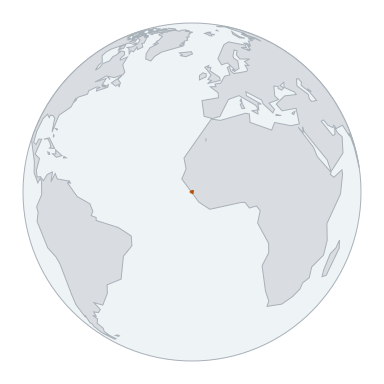 Boffa on an orthographic globe
{"feature_id": "GIN-5628", "entity_name": "Boffa", "entity_type": "Prefecture", "adm_level": 1, "iso_a3": "GIN", "parent_name": "Guinea", "parent_adm1": "", "projection": "orthographic", "projection_center": [-14.034, 10.295], "detail": "fine", "context": "on_globe", "style": "filled", "palette": "amber", "viewbox_px": 384, "rotation_deg": 0, "n_neighbors": 0, "source": "natural_earth", "source_scale": "10m", "svg_char_len": 8902}
<svg xmlns="http://www.w3.org/2000/svg" viewBox="0 0 384 384"><circle cx="192" cy="192" r="169" fill="#eef3f6" stroke="#a8b0b8"/><path d="M140.6,31.1L127.3,37.6L130.7,36.4L127.8,38.8L130.7,38.5L127.4,40.2L132.5,38.6L135.0,37.1L138.0,35.9L139.9,35.8L136.1,37.8L134.6,38.2L134.5,38.8L131.7,39.9L134.2,39.3L129.3,42.1L136.9,39.2L135.3,41.4L131.4,43.4L128.2,43.2L111.0,49.2L106.0,52.1L102.1,55.8L102.3,62.0L98.3,65.5L95.4,70.2L99.2,67.9L102.9,63.5L109.4,61.0L113.0,56.5L116.2,55.1L121.4,50.9L124.4,51.6L124.6,54.8L120.4,58.4L120.3,60.1L127.4,57.0L122.7,64.9L124.8,72.2L123.1,74.6L114.3,77.6L106.4,76.0L95.0,82.0L106.2,78.5L101.9,85.2L102.8,86.7L105.3,86.9L108.4,84.6L107.8,87.2L96.4,91.1L96.8,88.8L100.4,87.4L96.7,87.0L89.0,90.6L87.4,94.2L77.4,97.4L76.2,100.2L73.3,102.8L76.0,97.9L71.0,107.0L59.0,115.2L52.0,132.2L54.7,118.1L53.1,115.8L50.5,115.0L49.2,117.7L47.6,114.2L43.0,118.7L36.7,131.5L33.7,142.4L36.0,144.5L38.8,139.1L41.7,139.2L35.1,154.1L39.5,158.5L36.4,170.2L37.1,177.1L40.4,176.6L43.4,180.7L47.2,174.5L52.5,171.9L51.0,181.7L55.2,173.5L57.3,178.9L68.9,181.0L67.6,183.0L77.2,196.6L89.9,203.8L92.9,211.4L91.1,215.6L96.1,217.5L96.2,220.5L118.2,227.5L131.2,235.9L131.9,245.8L123.4,256.3L121.1,279.1L107.1,284.8L107.3,293.5L102.8,305.1L93.9,302.6L100.3,309.5L98.5,312.6L93.7,311.9L96.2,316.2L92.9,315.5L97.5,318.9L97.2,323.3L103.2,328.2L104.3,331.6L108.4,334.4L106.9,334.0L106.7,334.6L108.4,335.9L101.6,332.5L93.9,326.3L92.0,323.7L90.0,322.7L85.4,315.7L85.1,316.8L75.9,304.6L71.8,294.9L60.0,264.0L56.1,257.1L47.7,247.8L37.1,221.4L38.1,212.1L36.6,206.9L41.7,194.5L41.5,181.0L40.1,178.5L37.9,182.9L34.1,172.7L34.4,162.1L31.6,140.1L33.2,134.6L36.3,126.7L41.1,116.0L47.0,105.3L53.6,95.1L61.0,85.3L69.0,76.2L77.7,67.6L87.0,59.6L96.8,52.4L107.1,45.9L117.9,40.1L129.1,35.2L140.6,31.1ZM49.4,137.8L54.6,148.5L49.5,148.1L50.8,146.8L50.0,142.8L47.7,138.6L43.8,139.2L49.4,137.8ZM56.4,129.5L55.4,128.5L56.7,128.8L56.4,129.5ZM119.4,50.9L120.4,50.9L118.9,51.6L119.4,50.9ZM120.7,49.2L118.3,50.0L118.6,49.4L120.1,48.9L120.7,49.2ZM123.6,48.4L119.4,48.2L119.9,47.1L126.0,44.3L123.6,48.4ZM134.9,36.7L132.4,38.3L132.7,37.2L134.9,36.7ZM134.4,36.3L131.0,35.5L135.7,33.4L135.8,33.9L140.5,31.8L144.4,31.1L142.8,32.1L139.0,33.5L143.4,32.3L134.4,36.3ZM139.3,35.4L138.2,35.3L142.1,33.4L145.1,33.4L142.8,34.0L139.3,35.4ZM139.7,31.7L143.2,30.5L147.4,29.6L149.3,29.1L144.9,30.9L139.7,31.7ZM142.9,34.3L146.4,33.5L146.3,34.3L140.6,35.5L142.9,34.3ZM141.9,33.0L144.0,32.2L143.8,32.6L141.9,33.0ZM147.9,37.3L146.5,36.9L148.4,35.8L147.9,37.3ZM147.8,33.1L147.8,32.8L148.4,32.5L150.7,32.1L147.8,33.1ZM148.1,30.3L149.1,30.3L150.1,29.4L153.3,29.0L149.8,30.4L152.6,29.6L153.6,29.5L149.7,30.8L148.1,30.3ZM154.8,30.8L151.4,32.9L153.6,33.8L151.9,34.7L148.7,33.1L154.8,30.8ZM152.1,30.6L153.4,30.9L150.6,31.7L148.1,32.1L152.1,30.6ZM156.7,28.2L152.7,28.6L153.6,28.3L156.7,28.2ZM155.9,30.8L156.7,30.3L156.4,30.8L155.9,30.8ZM157.0,28.8L155.5,28.8L156.6,28.5L157.0,28.8ZM159.5,29.4L158.4,30.0L156.7,30.2L159.5,29.4ZM158.8,29.0L160.6,28.5L156.7,29.9L158.0,29.0L158.8,29.0ZM158.3,28.4L158.8,28.5L158.3,28.4ZM166.8,28.6L162.3,30.4L158.4,30.7L163.4,28.9L166.8,28.6ZM114.7,339.2L103.1,333.4L108.8,336.2L108.4,334.7L116.1,338.7L114.7,339.2ZM115.5,335.4L117.6,334.9L119.4,335.8L118.3,336.4L115.5,335.4ZM359.2,167.7L354.3,147.4L349.1,133.1L349.1,135.5L342.5,125.2L336.3,128.5L333.8,125.1L333.0,127.7L328.0,125.3L323.5,119.9L321.2,121.2L332.8,135.6L335.0,134.4L334.6,127.2L337.6,132.8L342.1,136.7L343.0,153.0L331.1,171.5L327.2,159.9L304.0,131.4L303.1,127.8L302.9,127.4L302.5,126.7L303.1,132.8L298.2,127.3L313.6,147.4L317.3,156.7L331.0,172.2L330.3,174.4L333.9,177.3L341.9,169.8L342.6,173.8L340.5,194.0L326.9,223.6L327.2,240.3L323.5,255.1L311.7,267.0L309.2,277.8L302.6,282.9L299.9,289.1L292.6,296.5L281.7,304.1L267.0,306.4L268.8,301.0L265.5,291.2L262.1,265.8L268.7,252.8L268.6,243.3L257.6,223.0L260.2,210.7L256.5,206.0L249.4,208.0L244.9,202.3L240.3,202.6L209.8,209.3L198.8,202.1L181.8,178.9L186.1,169.0L184.0,158.0L211.3,119.1L220.4,120.4L245.7,113.2L249.4,114.0L250.0,122.4L271.7,130.1L274.6,122.5L290.8,125.7L299.3,123.9L296.1,108.3L282.1,110.8L276.2,104.1L284.6,95.9L296.3,94.5L294.4,92.0L284.1,87.4L283.8,82.2L280.1,85.6L283.8,87.8L281.7,90.2L278.1,88.4L278.2,86.5L273.8,86.0L274.8,96.1L278.6,99.5L269.0,103.1L274.5,109.3L272.9,112.9L263.1,103.8L261.7,100.1L245.9,91.7L246.4,95.7L261.4,104.2L258.0,103.9L258.9,110.3L255.6,105.2L239.0,95.6L228.4,99.5L219.9,116.4L212.6,118.6L204.1,116.3L202.0,100.6L218.6,97.7L218.1,92.8L210.3,86.8L216.0,86.7L214.9,84.1L220.7,83.1L224.6,76.2L229.9,74.9L227.2,67.5L229.6,66.1L230.5,70.7L233.9,73.6L246.5,71.4L247.7,69.6L245.0,65.2L248.8,65.5L244.5,61.5L249.7,59.0L239.8,59.0L236.3,54.7L237.2,51.0L234.2,49.8L232.9,56.0L233.9,58.5L237.7,60.6L239.0,68.6L235.6,70.5L227.4,62.8L221.7,64.9L217.9,58.7L223.9,44.7L228.6,41.9L245.1,45.1L246.5,47.6L241.2,47.5L249.9,51.1L247.4,49.1L250.5,49.6L248.0,46.3L250.1,46.5L244.1,43.2L246.4,43.1L250.2,45.3L248.4,41.1L252.1,40.6L250.7,39.7L248.1,38.7L254.5,39.2L253.2,38.5L250.6,38.0L246.2,36.4L241.0,33.9L243.5,34.2L245.7,35.1L254.1,37.9L259.6,40.7L260.1,40.7L255.9,38.3L245.7,34.9L241.9,33.4L246.6,34.6L244.6,34.0L243.4,33.4L244.7,33.2L239.4,31.8L223.7,26.5L224.5,26.2L230.4,27.5L227.5,26.8L239.2,29.8L250.7,33.6L261.9,38.2L272.7,43.5L283.1,49.7L293.0,56.5L302.4,64.1L311.2,72.3L319.5,81.1L327.1,90.5L334.0,100.4L340.1,110.8L345.6,121.5L350.2,132.7L354.0,144.1L357.0,155.8L359.2,167.7ZM205.8,138.1L206.0,141.4L206.0,141.5L205.8,138.1ZM311.5,101.4L316.7,100.5L309.6,92.1L311.0,91.3L308.0,89.0L309.0,91.6L301.1,85.3L301.5,82.2L298.4,78.8L296.5,78.9L296.9,85.8L308.3,94.5L309.2,98.5L311.5,101.4ZM69.3,181.0L70.5,183.1L68.5,182.8L69.3,181.0ZM47.7,151.9L49.3,152.6L49.8,154.4L48.4,154.4L47.7,151.9ZM63.9,156.4L66.3,157.8L63.4,158.0L63.9,156.4ZM55.6,149.9L62.0,155.6L56.4,157.3L52.5,153.8L55.8,153.8L55.6,149.9ZM53.5,134.7L54.2,135.8L53.3,137.4L53.5,134.7ZM57.4,129.9L56.9,129.9L57.0,128.3L57.4,129.9ZM102.6,85.0L103.5,84.8L105.5,85.5L103.6,86.3L102.6,85.0ZM120.4,82.8L119.0,87.2L118.7,84.4L115.7,86.1L111.4,82.9L122.0,75.6L118.0,79.3L120.4,82.8ZM108.6,77.2L110.1,79.6L108.0,77.3L108.6,77.2ZM202.9,72.8L206.3,73.9L206.1,76.9L199.4,79.9L199.5,75.5L202.9,72.8ZM211.1,75.0L204.9,67.2L208.8,65.5L207.7,67.7L210.9,67.3L209.9,70.8L219.7,77.3L220.2,80.5L207.5,83.5L211.4,80.5L207.9,79.4L211.1,75.0ZM182.2,55.0L179.5,52.9L191.4,51.7L192.5,53.9L185.9,56.7L180.7,55.7L182.2,55.0ZM135.2,44.1L133.4,44.2L134.5,43.5L136.9,42.8L135.2,44.1ZM147.0,37.2L144.1,43.1L141.9,43.4L142.8,47.1L137.4,49.6L137.0,47.0L133.5,51.9L131.0,50.6L129.2,54.0L128.9,48.0L126.5,47.4L131.3,47.1L136.3,44.7L137.8,43.6L140.1,40.0L137.4,38.1L141.9,35.9L145.9,34.9L147.2,35.0L143.8,36.3L148.1,35.5L144.2,37.5L147.0,37.2ZM189.5,30.9L185.0,31.2L192.8,32.2L189.0,33.3L190.1,33.4L188.7,34.8L189.1,36.8L186.8,37.2L187.9,37.8L187.0,39.0L187.7,40.1L184.0,41.3L184.6,42.9L182.4,42.6L184.5,45.0L181.3,43.8L179.8,45.5L183.7,45.8L161.5,52.1L154.7,56.4L150.7,61.0L145.7,59.0L146.2,53.7L150.0,47.7L157.2,44.2L153.7,44.2L156.1,42.6L157.9,43.2L156.6,41.3L159.0,40.2L162.4,36.4L158.9,34.9L160.0,33.7L162.6,33.8L161.9,32.6L167.6,32.0L168.5,31.3L175.1,30.3L179.6,31.3L180.3,30.4L185.3,29.9L189.5,30.9ZM168.7,28.3L175.0,28.8L175.9,29.7L164.1,31.2L162.5,32.0L155.0,33.4L153.7,32.1L156.0,31.8L157.9,31.2L157.5,31.8L159.3,30.9L162.5,30.4L164.7,29.7L166.1,29.9L168.7,28.3ZM251.5,110.6L254.0,110.6L257.5,109.8L258.0,114.0L251.5,110.6ZM240.2,104.2L242.2,103.4L244.7,108.4L242.0,108.6L240.2,104.2ZM241.1,98.9L242.1,102.9L240.0,100.8L241.1,98.9ZM232.1,69.9L233.9,69.1L234.9,70.1L234.9,71.8L232.1,69.9ZM211.9,36.0L209.2,35.6L209.2,35.2L204.6,33.4L207.0,32.7L210.8,33.5L211.9,36.0ZM295.0,111.3L293.8,114.6L291.9,113.5L292.7,112.5L295.0,111.3ZM276.0,114.4L281.3,115.5L276.1,115.5L276.0,114.4ZM213.9,35.0L211.7,34.3L214.3,34.4L213.9,35.0ZM208.6,32.2L211.3,32.2L206.8,32.5L208.6,32.2ZM339.2,248.2L326.2,275.3L322.0,276.7L323.8,269.6L330.3,253.6L336.0,247.7L339.5,240.0L339.2,248.2ZM231.8,31.5L235.6,34.4L239.9,36.8L244.9,38.2L239.5,37.8L232.8,34.1L231.8,31.5ZM224.4,26.9L220.0,26.2L220.8,26.1L221.9,26.2L224.4,26.9ZM222.6,26.8L219.4,26.8L216.2,26.1L219.3,26.2L222.6,26.8ZM216.9,30.0L217.8,30.8L215.6,30.5L216.9,30.0Z" fill="#d9dde1" stroke="#a8b0b8" stroke-width="1"/><path d="M193.0,193.0L192.9,193.2L192.8,193.3L192.7,193.3L192.5,193.2L192.4,193.1L192.2,193.0L192.2,192.9L191.9,192.8L191.9,192.7L192.0,192.6L191.9,192.6L192.0,192.5L192.0,192.4L191.9,192.4L191.8,192.5L191.7,192.7L191.7,192.4L191.6,192.5L191.4,192.5L191.4,192.4L191.1,192.2L190.9,192.2L190.7,192.1L190.8,192.0L190.8,191.9L190.7,191.9L190.5,191.7L190.5,191.4L190.8,191.2L191.3,191.1L191.5,191.0L191.7,190.9L192.0,190.9L192.0,191.0L192.3,190.9L192.5,190.8L192.6,190.7L192.8,190.7L193.2,190.8L193.2,191.2L193.0,191.3L192.9,191.4L192.8,191.5L192.6,191.7L192.6,191.8L192.6,192.0L192.5,192.3L192.4,192.5L192.7,192.9L192.8,192.9L193.0,193.0L193.0,193.0Z" fill="#f59e0b" stroke="#b45309" stroke-width="1.5"/></svg>